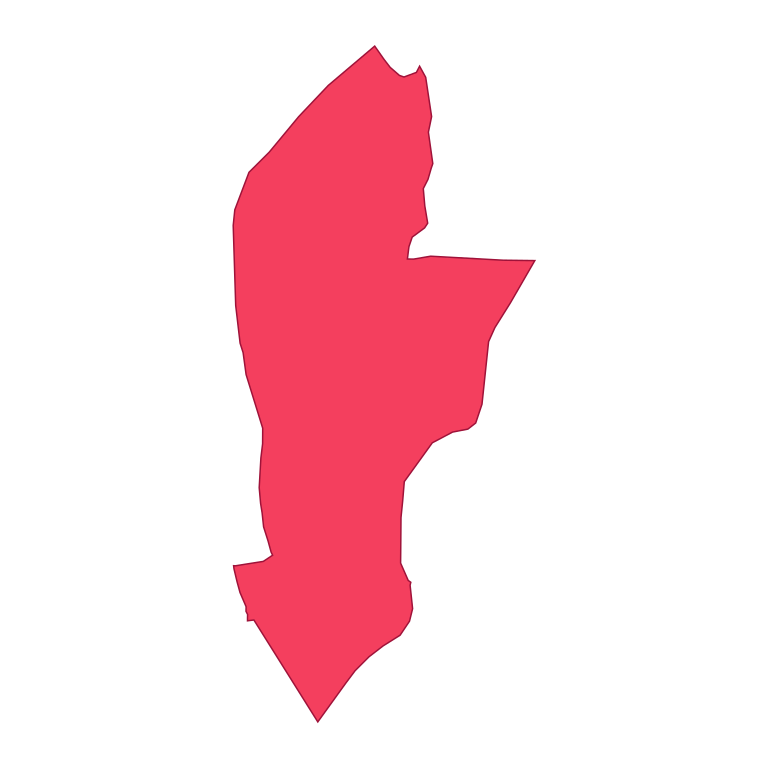 Gamaliyya, Ad Daqahliyah, Egypt (Mercator projection)
{"feature_id": "37247803B61815005603813", "entity_name": "Gamaliyya", "entity_type": "district", "adm_level": 2, "iso_a3": "EGY", "parent_name": "Egypt", "parent_adm1": "Ad Daqahliyah", "projection": "mercator", "projection_center": [31.849, 31.206], "detail": "fine", "context": "isolated", "style": "filled", "palette": "rose", "viewbox_px": 768, "rotation_deg": 0, "n_neighbors": 0, "source": "geoboundaries", "source_scale": "gbopen_adm2", "svg_char_len": 1154}
<svg xmlns="http://www.w3.org/2000/svg" viewBox="0 0 768 768"><path d="M534.8,260.6L503.1,260.2L430.6,256.2L413.6,259.1L407.4,259.0L408.7,248.6L409.0,246.5L410.6,241.8L412.2,237.1L424.6,227.9L427.7,223.2L424.8,205.9L423.3,188.6L428.0,179.3L431.2,168.3L432.8,163.6L428.4,132.2L431.6,116.6L425.7,77.3L419.6,66.2L416.4,72.4L404.0,77.0L399.4,75.4L392.3,69.2L390.2,67.4L384.1,59.5L374.7,46.1L328.3,85.4L298.8,116.5L269.2,152.2L249.0,172.3L234.8,209.8L233.2,225.5L235.7,305.5L240.1,343.2L243.1,352.6L246.1,374.6L262.7,428.2L262.6,443.8L260.9,457.9L259.2,487.7L260.6,503.4L262.1,512.8L263.6,526.9L268.1,541.1L271.1,552.1L272.6,555.2L263.3,561.4L244.8,564.3L235.5,565.8L233.6,565.7L234.0,568.9L237.0,581.5L240.0,592.5L246.1,606.7L246.0,611.3L247.6,614.5L247.5,617.6L247.5,620.8L253.9,620.0L289.4,676.6L317.8,721.9L345.8,683.1L355.1,670.7L369.1,656.7L383.1,645.9L400.1,635.2L409.5,621.2L412.6,608.7L410.1,585.2L410.8,582.3L408.2,580.4L400.6,563.1L400.7,553.7L401.0,517.6L402.7,500.8L404.3,481.6L432.3,442.8L452.5,432.1L467.9,429.1L475.7,423.0L482.0,404.2L488.6,341.6L494.9,327.6L510.5,302.7L534.8,260.6Z" fill="#f43f5e" stroke="#9f1239" stroke-width="1.5"/></svg>